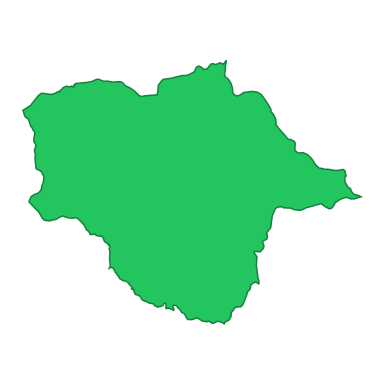 Baiut, Maramures, Romania
{"feature_id": "2599482B43457010112871", "entity_name": "Baiut", "entity_type": "district", "adm_level": 2, "iso_a3": "ROU", "parent_name": "Romania", "parent_adm1": "Maramures", "projection": "albers", "projection_center": [24.002, 47.618], "detail": "fine", "context": "isolated", "style": "filled", "palette": "green", "viewbox_px": 384, "rotation_deg": 0, "n_neighbors": 0, "source": "geoboundaries", "source_scale": "gbopen_adm2", "svg_char_len": 5933}
<svg xmlns="http://www.w3.org/2000/svg" viewBox="0 0 384 384"><path d="M134.0,291.7L134.0,292.0L134.4,292.3L134.6,292.7L134.8,292.9L135.1,293.7L135.1,294.0L135.2,294.4L136.6,294.7L138.2,295.3L139.7,296.1L141.1,297.9L141.6,299.3L142.2,299.8L144.2,300.9L146.1,301.5L149.6,303.2L152.0,303.6L152.6,303.7L153.2,303.9L153.7,304.0L154.9,305.8L155.5,305.7L156.3,306.6L156.7,306.8L158.6,307.0L158.8,306.7L159.4,306.5L159.9,306.4L160.7,306.5L161.4,306.3L163.1,305.2L163.4,304.9L163.6,304.3L164.8,302.9L165.2,303.1L165.8,303.9L165.9,304.1L166.1,304.8L166.1,306.0L165.8,307.5L166.2,308.7L167.9,308.1L168.1,308.3L168.6,308.4L169.7,308.5L170.8,309.0L171.9,309.4L173.5,310.4L174.0,309.7L174.1,309.2L173.2,307.6L172.9,306.4L173.0,305.7L173.1,305.4L175.0,305.3L176.0,305.5L176.8,306.1L177.8,307.8L179.2,308.7L180.0,309.8L180.5,310.6L181.2,311.4L181.4,312.0L182.1,312.8L183.8,313.3L184.5,313.9L186.6,318.0L187.1,318.8L187.8,319.5L188.6,319.6L192.1,319.6L193.0,319.4L194.6,318.7L195.6,318.1L196.3,318.0L198.1,318.4L199.8,319.4L201.9,320.9L202.9,321.1L204.5,321.3L206.7,321.7L207.3,321.7L208.3,321.1L209.1,321.1L209.9,321.9L212.2,323.3L212.9,323.3L213.7,323.1L214.7,322.7L215.8,322.0L216.6,321.7L217.4,321.4L218.1,321.3L221.0,322.1L223.5,323.4L224.0,323.9L224.3,323.9L224.6,323.3L224.6,322.8L224.8,322.4L225.3,321.9L226.9,321.1L228.1,320.7L228.5,320.5L230.2,318.3L230.5,317.1L231.1,316.3L231.1,314.7L231.3,313.1L231.9,311.8L233.3,310.3L233.9,309.3L234.7,307.5L235.6,307.5L236.6,306.9L237.2,307.1L238.0,307.0L238.2,306.8L240.6,306.8L240.7,306.5L241.6,306.0L242.5,305.1L243.3,303.7L246.2,296.2L246.6,295.4L247.3,292.3L248.1,291.2L249.2,290.4L250.3,288.5L250.5,286.5L251.1,285.0L251.5,284.4L252.4,283.8L253.3,282.8L255.0,282.4L255.9,282.2L258.0,283.3L258.3,283.7L258.8,283.8L258.8,283.6L258.9,281.9L258.8,280.5L258.3,279.0L258.0,278.4L257.7,277.3L257.7,276.6L257.7,276.0L257.6,274.8L257.6,274.4L257.3,273.4L257.3,272.3L256.5,266.8L256.4,264.9L256.9,256.5L254.6,253.6L254.0,252.2L255.0,251.5L260.3,251.8L263.7,247.8L263.9,245.5L262.7,242.6L262.9,241.3L266.7,239.1L267.4,237.2L266.7,232.8L270.7,227.7L272.2,216.1L275.4,208.5L277.8,207.1L278.5,207.0L279.4,206.6L279.6,206.7L279.3,207.0L279.7,207.0L280.7,206.6L281.0,206.6L281.3,207.0L282.6,206.9L282.8,207.0L283.4,207.7L284.0,207.9L285.7,207.8L287.9,208.1L289.6,207.9L290.3,208.1L294.1,209.6L294.8,209.7L298.7,210.2L300.6,210.1L301.5,210.0L306.9,207.5L311.6,206.4L315.8,205.0L317.9,204.5L319.0,204.4L319.7,203.9L320.3,203.8L321.7,204.2L322.6,204.7L323.8,205.7L325.0,206.5L326.6,207.5L327.6,207.8L328.4,208.5L329.1,208.7L330.0,208.7L331.6,208.1L332.2,207.7L332.9,206.5L334.3,204.9L334.6,203.9L335.4,202.4L336.7,201.7L339.6,199.7L341.7,198.7L342.8,198.4L345.4,197.4L346.0,197.4L348.0,197.8L351.0,199.0L352.3,198.8L353.5,199.0L355.1,198.7L359.2,197.2L361.0,196.8L359.6,196.0L357.5,195.2L355.6,194.8L355.0,194.5L354.4,194.5L353.3,193.7L352.2,192.5L351.6,191.5L351.1,190.6L350.6,188.9L350.2,188.4L347.8,187.0L347.4,186.4L346.6,184.6L345.6,183.2L344.9,180.6L344.8,178.9L344.8,178.1L344.9,177.3L345.1,176.6L345.4,176.0L346.1,176.0L344.8,170.6L343.5,169.6L342.5,169.5L338.3,170.4L334.5,170.4L328.4,169.3L324.8,169.3L321.4,168.3L319.5,168.3L315.9,165.2L311.4,158.3L307.3,154.5L303.2,152.7L299.6,153.0L297.5,152.7L294.8,150.3L295.2,143.4L294.5,141.6L291.3,139.7L288.3,139.3L278.0,127.5L275.7,124.0L276.1,122.6L275.5,118.6L273.3,114.2L271.2,112.0L270.8,109.1L269.2,106.1L264.3,98.6L261.3,94.6L256.9,92.0L251.8,91.4L243.7,92.5L239.9,95.2L236.6,96.0L234.3,94.7L232.9,93.1L232.3,87.4L230.8,83.0L228.4,79.2L225.1,76.6L224.6,74.1L225.2,70.7L225.4,69.3L225.5,68.5L225.3,67.4L225.5,65.6L226.0,63.4L226.3,60.1L225.0,62.2L223.2,64.2L220.1,62.8L215.6,64.6L212.7,63.6L210.8,64.2L207.3,68.6L204.8,69.5L203.7,69.2L200.9,67.0L198.6,66.1L196.5,67.1L194.4,71.7L189.9,74.2L186.4,75.5L183.3,75.4L180.4,75.9L171.6,78.2L163.3,79.3L161.3,81.2L158.3,85.4L157.8,91.6L157.2,94.8L145.2,95.8L141.7,96.5L139.2,95.7L134.9,91.4L129.7,87.7L125.4,85.9L122.7,82.8L120.8,81.8L117.9,81.7L113.3,82.2L107.2,81.1L103.8,81.3L98.4,79.2L96.6,79.4L91.9,81.5L87.6,82.3L75.3,83.6L75.2,84.9L74.0,85.0L74.0,86.0L73.8,87.0L73.2,87.0L72.2,86.3L71.5,86.1L71.2,86.2L70.6,86.7L70.0,86.9L66.4,86.2L63.1,87.7L62.6,88.1L61.8,89.5L61.0,90.0L60.4,90.1L60.1,90.5L60.0,91.5L59.7,91.8L59.4,91.5L57.7,91.7L55.8,93.0L52.9,94.1L50.4,94.4L41.6,93.2L38.7,95.2L30.3,105.7L23.0,110.3L24.8,116.2L26.4,117.9L28.4,119.0L30.7,126.2L31.9,127.5L33.2,130.3L34.5,131.7L34.9,133.3L33.8,138.8L33.9,141.7L35.7,144.5L35.8,145.9L34.4,150.6L35.4,154.3L35.0,158.5L36.0,168.2L37.0,169.3L39.8,170.5L41.6,172.0L43.9,176.8L43.4,182.0L41.8,186.2L41.6,188.3L40.6,190.5L38.6,192.9L34.1,194.6L31.2,196.6L29.2,200.9L29.0,202.0L38.9,212.2L42.3,218.2L44.3,220.3L49.3,220.9L56.4,219.2L59.0,217.4L62.7,216.0L68.0,217.8L70.3,217.9L71.7,218.4L75.6,217.7L76.9,218.0L79.4,220.0L82.7,223.5L83.6,224.4L85.9,228.3L86.3,229.8L87.0,230.1L88.2,231.0L88.8,231.8L89.6,233.2L90.2,234.6L94.0,234.2L95.5,234.3L96.0,235.2L97.8,235.9L100.4,236.2L101.6,236.2L101.9,236.3L102.8,237.3L103.6,239.0L104.2,240.9L104.4,241.3L105.9,242.6L108.7,243.8L108.3,244.5L108.2,244.9L109.9,246.1L109.9,246.7L109.4,247.9L109.2,249.5L109.6,250.2L110.0,253.5L109.5,256.3L109.7,258.2L109.6,260.0L109.7,261.2L110.1,262.5L110.0,263.3L110.2,265.2L110.1,265.9L110.0,266.8L109.2,268.2L109.2,268.4L109.3,268.3L109.9,267.7L110.2,267.5L111.1,267.5L111.9,267.6L113.8,268.7L114.3,270.6L114.9,271.2L115.5,272.8L115.9,272.9L116.5,273.5L116.8,273.9L117.0,274.7L118.0,275.7L118.6,276.1L118.6,276.8L119.0,277.1L119.7,278.6L121.0,279.5L122.2,280.1L123.1,280.8L124.0,280.8L125.5,281.1L127.6,282.3L128.1,282.5L128.5,283.4L128.7,283.5L128.9,283.9L129.4,284.3L129.5,284.7L129.8,284.8L129.9,285.1L130.2,285.5L131.3,286.5L131.8,286.8L131.9,287.3L131.9,288.0L131.5,288.5L131.4,288.8L131.5,288.9L131.9,289.0L132.4,289.5L133.0,289.2L133.0,289.4L133.3,289.7L133.4,289.9L133.8,290.0L134.1,290.3L134.1,291.2L134.0,291.7Z" fill="#22c55e" stroke="#15803d" stroke-width="1.5"/></svg>